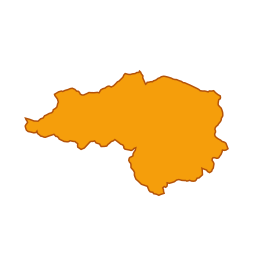 Mambaí, Goiás, Brazil (Natural Earth projection), rotated 103°
{"feature_id": "56859067B86407109501977", "entity_name": "Mambaí", "entity_type": "district", "adm_level": 2, "iso_a3": "BRA", "parent_name": "Brazil", "parent_adm1": "Goiás", "projection": "natural_earth1", "projection_center": [-46.057, -14.451], "detail": "fine", "context": "isolated", "style": "filled", "palette": "amber", "viewbox_px": 256, "rotation_deg": 103, "n_neighbors": 0, "source": "geoboundaries", "source_scale": "gbopen_adm2", "svg_char_len": 3520}
<svg xmlns="http://www.w3.org/2000/svg" viewBox="0 0 256 256"><g transform="rotate(103 128 128)"><path d="M125.7,25.9L120.9,29.1L120.2,30.5L120.0,32.0L119.9,33.5L119.0,35.0L118.4,37.3L117.5,39.5L116.6,41.1L115.4,41.9L114.1,42.2L112.2,41.8L110.7,42.3L109.7,43.1L107.9,43.0L106.4,42.3L105.1,41.2L103.5,40.7L101.8,39.8L100.6,39.3L99.1,39.0L97.6,39.2L96.3,38.8L94.9,38.4L93.1,38.8L91.3,39.4L89.3,40.6L87.7,41.7L86.3,43.9L85.2,45.3L83.9,45.7L81.7,45.9L79.9,45.9L78.8,44.7L77.6,44.7L76.0,45.3L75.2,48.0L74.6,49.2L73.9,50.7L72.4,52.9L73.2,54.8L73.6,57.0L74.8,58.1L74.7,59.5L74.7,61.4L75.2,63.6L75.4,66.1L74.6,67.5L74.1,69.0L72.3,77.0L71.2,82.9L71.4,84.5L70.6,86.4L70.3,89.4L69.9,91.5L70.2,93.4L70.2,95.1L69.7,97.0L69.5,99.6L69.4,101.1L69.4,103.7L69.6,105.1L70.6,107.1L71.9,108.3L72.9,109.9L74.1,110.8L75.3,112.0L76.2,113.6L77.4,114.6L77.8,116.3L78.6,117.8L79.2,119.6L80.4,119.9L81.4,120.7L78.3,123.1L75.9,124.9L73.9,125.2L72.1,127.3L70.8,128.2L70.0,129.6L71.4,129.9L72.0,132.0L73.3,133.2L74.3,135.9L75.4,137.9L75.7,139.8L75.6,143.0L77.2,143.9L79.7,144.4L84.3,147.3L85.4,148.7L87.7,150.0L88.9,150.8L90.2,151.6L91.8,153.5L91.4,155.9L92.0,157.2L92.9,158.2L94.3,159.4L95.4,161.4L97.0,163.1L98.9,163.7L100.2,164.1L100.2,165.9L101.3,169.1L101.9,172.0L102.2,174.0L103.7,175.8L105.8,178.6L106.2,180.2L105.8,182.0L104.1,183.5L103.4,184.7L103.6,186.4L102.3,188.5L101.8,191.2L102.6,193.1L104.0,195.0L105.6,197.9L107.1,199.8L107.0,201.3L108.4,203.8L111.7,207.2L112.9,206.5L115.6,203.3L118.4,201.7L120.2,202.0L123.4,202.0L125.1,203.0L127.0,204.9L128.8,204.9L130.3,205.8L131.6,208.1L133.9,210.7L134.8,212.0L137.4,213.0L138.7,215.2L141.6,217.2L142.3,221.2L141.7,225.7L141.5,230.1L142.9,229.1L143.9,227.9L145.2,227.1L147.7,228.2L149.2,228.6L150.3,228.1L151.7,227.3L152.9,226.5L153.9,224.5L153.8,222.0L153.9,218.6L153.1,216.6L151.6,216.0L153.4,215.1L154.2,214.0L154.6,212.7L155.5,211.4L155.5,209.3L155.8,207.7L155.6,206.4L154.9,205.3L153.7,203.5L151.9,200.5L150.8,198.7L152.4,196.4L152.2,195.0L153.2,193.4L154.2,192.6L154.7,190.7L155.1,188.8L155.5,187.3L155.3,185.7L155.1,184.0L154.6,182.7L153.4,181.6L153.4,178.6L153.1,176.4L153.9,175.2L154.5,173.5L156.4,173.2L157.9,172.7L159.4,168.9L157.3,166.0L150.3,162.0L149.4,161.1L149.0,159.3L148.1,157.6L149.7,155.8L150.0,152.0L151.2,151.0L152.1,150.0L151.2,146.7L150.4,144.7L148.4,143.8L146.9,142.5L145.7,141.8L144.7,140.9L143.8,139.4L142.2,138.2L143.3,135.8L144.3,133.7L145.4,131.4L145.6,129.4L147.0,127.9L148.3,127.6L149.3,126.2L149.2,123.2L149.1,121.7L149.2,119.9L148.3,118.6L146.6,117.6L145.5,116.0L148.1,115.9L149.4,116.5L150.8,116.9L152.1,117.2L154.0,116.9L155.2,118.1L156.0,119.3L157.1,120.0L159.3,120.0L160.8,118.9L161.7,117.6L162.9,116.9L165.9,116.2L168.3,113.0L169.8,111.7L172.4,111.2L173.8,110.4L176.1,108.7L177.6,105.9L178.9,103.8L179.8,102.3L180.5,96.0L184.0,93.6L185.2,92.0L185.1,89.3L186.2,88.3L186.1,85.4L186.6,82.8L185.3,81.1L184.3,79.4L183.5,78.1L181.8,79.1L180.1,79.6L178.5,80.7L176.9,79.5L177.3,78.0L176.1,77.0L174.3,77.0L172.6,77.5L172.6,75.4L171.2,72.8L169.9,70.7L167.8,69.0L166.8,66.9L166.8,65.3L166.9,63.8L166.6,61.9L166.2,60.0L166.5,58.7L165.8,57.3L165.1,56.2L165.4,54.1L165.1,52.2L164.5,50.7L163.3,49.9L161.4,49.4L160.6,47.5L156.8,44.9L151.7,46.4L150.6,46.9L151.0,44.4L151.3,42.0L152.5,40.7L153.1,38.5L151.4,36.8L149.7,36.6L147.8,35.9L143.6,36.2L142.4,36.9L140.6,38.8L139.0,39.0L137.8,38.4L137.4,36.7L137.6,34.9L137.2,33.6L136.3,32.8L134.6,32.2L132.7,31.4L130.3,31.0L128.3,31.0L128.1,29.0L127.4,27.5L125.7,25.9Z" fill="#f59e0b" stroke="#b45309" stroke-width="1.5"/></g></svg>